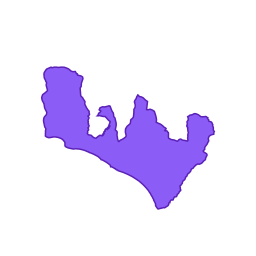 Suai, Cova Lima, East Timor, rotated 65°
{"feature_id": "22284137B60263836524270", "entity_name": "Suai", "entity_type": "district", "adm_level": 2, "iso_a3": "TLS", "parent_name": "East Timor", "parent_adm1": "Cova Lima", "projection": "albers", "projection_center": [125.311, -9.25], "detail": "fine", "context": "isolated", "style": "filled", "palette": "violet", "viewbox_px": 256, "rotation_deg": 65, "n_neighbors": 0, "source": "geoboundaries", "source_scale": "gbopen_adm2", "svg_char_len": 5892}
<svg xmlns="http://www.w3.org/2000/svg" viewBox="0 0 256 256"><g transform="rotate(65 128 128)"><path d="M152.3,51.5L150.8,52.3L150.4,52.7L149.6,55.2L148.6,57.1L145.8,58.6L144.5,59.7L143.6,60.7L143.0,62.0L143.1,64.1L142.9,65.2L142.5,66.2L142.8,67.4L142.9,69.1L144.6,69.3L145.5,69.7L146.4,70.3L147.1,71.7L147.5,72.0L149.4,72.5L150.5,73.6L151.0,73.7L151.3,73.5L151.5,73.9L151.6,74.0L152.9,73.7L153.5,74.1L156.5,75.1L157.5,75.1L158.2,75.8L159.0,76.2L159.5,76.8L161.1,77.3L161.9,78.0L163.0,78.5L164.3,78.7L164.9,79.6L164.9,79.8L163.5,81.5L161.9,83.9L160.5,84.7L160.3,85.0L160.1,85.7L160.1,86.7L160.9,88.7L160.8,89.0L158.1,91.5L157.7,92.4L156.7,93.7L154.5,95.4L153.6,95.3L149.8,93.5L149.1,93.4L148.3,93.8L147.5,93.8L147.1,94.0L146.8,94.3L146.2,95.6L145.7,95.7L145.4,94.7L144.6,93.7L144.0,93.9L142.4,95.0L140.9,95.5L140.1,96.0L139.4,96.2L137.9,97.2L135.2,99.7L134.6,100.0L133.8,99.3L133.4,99.2L132.7,98.7L130.6,98.1L128.2,97.6L124.1,97.1L123.7,97.2L123.4,97.6L122.3,98.1L120.5,99.8L120.2,100.4L120.0,102.0L119.2,103.4L112.2,99.1L110.0,100.4L107.0,101.5L105.3,102.9L104.4,104.3L103.7,104.6L102.9,104.7L102.2,105.1L103.4,106.9L104.8,108.2L105.9,110.1L106.8,111.0L107.3,111.3L107.9,111.1L108.8,111.5L109.8,111.6L111.4,112.3L112.3,112.9L113.4,114.5L114.0,115.0L116.2,116.0L119.6,118.0L120.5,118.7L121.2,120.0L121.5,121.5L121.7,121.9L122.0,122.3L123.0,122.7L125.0,124.2L126.1,128.1L127.4,130.1L127.9,130.7L130.5,132.1L134.2,132.9L135.1,133.8L135.6,136.0L135.9,138.3L135.8,139.0L135.8,140.1L136.4,142.0L136.0,142.3L133.9,142.2L131.7,141.5L130.0,141.1L127.1,139.5L125.8,139.6L125.1,140.1L124.3,140.3L120.9,137.8L119.4,137.0L118.2,136.6L113.3,135.6L111.5,136.1L109.8,135.4L108.0,135.0L106.5,135.3L104.4,135.3L100.9,135.0L100.3,135.2L99.9,135.8L99.1,140.1L98.0,142.2L97.9,143.5L98.0,145.1L98.7,145.7L99.2,146.4L99.5,146.5L100.3,146.0L100.7,145.5L101.0,145.5L101.5,145.8L102.0,147.0L102.2,148.2L103.0,149.2L103.8,149.8L104.0,150.6L104.4,149.9L104.7,148.6L106.8,146.0L107.6,144.7L107.8,144.0L108.1,143.8L113.0,142.3L114.7,141.4L114.9,141.5L115.3,142.1L115.8,142.4L117.1,143.8L117.6,143.9L118.3,143.5L119.0,144.0L119.1,144.5L118.3,145.0L118.7,145.3L119.6,145.2L119.9,145.2L120.0,145.4L119.8,145.8L119.1,145.9L119.0,146.3L120.1,146.4L120.3,146.5L120.5,147.1L120.6,147.4L119.4,147.9L119.4,148.3L119.8,148.6L119.9,149.4L120.6,150.1L121.2,149.9L121.3,150.0L121.2,150.4L121.4,151.6L121.6,151.8L122.4,151.8L122.9,152.0L122.7,153.1L122.9,153.3L123.7,153.1L124.1,153.8L124.2,154.6L124.1,155.0L123.8,155.1L123.8,154.6L123.6,154.6L123.5,155.3L122.7,156.6L123.0,158.8L123.7,161.3L123.3,162.0L122.6,162.7L121.7,163.4L119.0,164.5L117.4,166.8L117.1,166.8L116.8,167.0L115.6,167.1L115.2,166.5L113.6,165.8L113.3,165.5L113.3,165.0L113.1,164.5L112.3,164.2L111.1,164.3L110.8,164.2L110.6,163.3L109.4,162.3L109.1,162.2L108.0,162.5L107.0,161.8L106.7,161.9L106.0,161.9L105.4,161.2L104.5,161.2L103.1,160.0L103.0,159.6L102.1,159.0L101.3,159.0L100.5,159.4L100.2,159.1L100.0,158.3L99.7,157.4L99.2,157.0L97.6,156.8L96.5,156.2L96.2,156.2L94.5,156.7L92.4,157.0L88.5,157.1L87.7,157.0L86.6,156.2L85.7,155.8L82.7,156.3L81.4,156.3L79.4,157.1L78.8,157.2L71.8,154.6L71.1,153.9L70.7,153.0L67.6,151.2L64.3,148.0L62.6,147.6L61.3,148.3L60.4,149.2L58.9,151.3L58.4,151.4L58.0,151.0L57.7,151.0L57.4,151.1L56.8,151.7L54.5,151.9L53.7,154.1L52.4,155.5L49.5,156.8L47.9,158.1L45.9,160.2L44.6,162.9L43.6,165.7L42.7,167.0L41.7,169.0L41.3,171.2L40.4,172.0L40.3,172.6L40.2,176.8L40.6,177.7L42.1,180.1L42.7,180.8L43.8,181.5L47.2,182.7L49.8,182.6L50.8,182.8L52.4,182.6L52.9,182.8L53.8,183.6L54.6,184.1L59.7,185.0L60.2,185.5L60.9,187.6L61.7,191.2L62.3,191.9L64.0,193.4L65.3,193.8L67.1,194.1L69.5,193.9L71.0,194.0L74.2,195.0L75.7,195.1L78.9,195.0L79.7,195.1L80.9,195.9L81.5,196.5L82.5,198.9L82.9,199.5L83.6,200.2L85.3,201.3L86.3,201.7L91.8,203.0L93.1,202.8L94.2,202.8L95.5,203.9L96.6,204.4L100.4,206.3L101.7,205.6L103.1,204.2L103.7,202.9L104.6,199.3L105.4,197.6L107.0,195.3L108.9,193.4L110.8,192.1L113.5,191.4L114.3,191.3L115.2,191.6L117.6,192.7L118.4,192.5L119.1,192.1L120.8,190.6L123.5,187.1L124.1,186.1L124.4,184.9L125.2,183.2L125.8,182.4L126.4,181.1L129.1,177.7L131.0,175.8L132.4,174.7L132.5,174.2L133.2,173.7L133.6,173.7L134.8,172.4L137.1,170.3L141.2,167.2L144.3,165.9L145.3,165.8L146.3,164.6L148.7,162.9L150.5,161.7L153.5,160.1L154.3,159.8L155.0,159.8L155.6,159.8L155.6,160.1L155.9,160.1L156.0,159.6L156.4,159.1L158.4,157.6L159.6,156.9L159.7,156.5L160.5,156.4L161.3,155.9L161.9,155.1L162.4,155.1L166.4,150.9L170.0,147.7L173.7,144.8L177.3,142.5L180.8,140.4L185.5,138.3L190.0,136.8L193.5,135.9L195.6,135.7L196.7,135.4L198.1,135.4L200.9,135.1L202.7,135.1L203.5,134.9L204.0,135.2L206.8,135.1L208.4,135.1L209.4,135.6L210.6,135.8L211.4,135.6L212.1,135.6L214.1,135.0L215.3,129.0L215.7,128.7L215.8,128.3L215.3,124.7L214.6,123.5L213.7,123.1L213.2,122.5L213.1,122.1L213.4,121.6L212.3,120.9L211.8,120.2L211.5,118.9L212.0,118.3L212.2,117.5L211.3,116.6L210.4,115.5L210.1,114.9L210.6,113.7L210.6,113.0L209.5,111.7L209.0,111.4L208.6,109.8L208.0,109.0L207.5,108.6L207.0,106.9L206.6,106.4L206.2,106.3L205.3,106.4L204.3,105.8L202.7,105.6L202.4,105.4L202.3,104.3L201.6,103.4L201.3,102.5L201.0,102.1L199.8,101.3L199.0,100.0L198.9,98.7L198.3,97.8L196.8,96.4L196.6,95.2L194.9,93.3L194.5,91.4L193.7,89.6L192.1,88.0L192.0,87.6L191.9,85.8L191.1,84.6L190.7,83.2L190.2,82.3L190.3,81.4L190.0,80.1L191.0,78.6L191.1,77.0L190.8,75.2L189.9,73.6L189.6,71.8L189.2,71.1L187.7,70.0L186.4,68.2L185.9,67.8L185.2,67.6L184.5,67.7L181.8,69.4L181.2,69.6L180.5,69.5L179.8,67.5L179.4,67.2L178.6,67.1L177.9,66.4L177.4,65.7L176.1,63.2L175.4,62.3L174.7,61.8L174.4,60.9L174.0,60.5L173.1,60.0L171.8,59.9L170.9,59.2L169.8,58.0L169.5,56.6L169.4,55.3L169.9,52.9L168.3,52.1L168.1,51.9L167.8,51.3L167.2,51.3L166.1,51.6L163.5,50.4L161.9,50.4L160.7,49.7L160.2,49.8L158.5,49.7L157.4,50.2L156.2,51.7L155.3,51.8L154.8,51.4L153.0,51.9L152.3,51.7L152.3,51.5Z" fill="#8b5cf6" stroke="#5b21b6" stroke-width="1.5"/></g></svg>